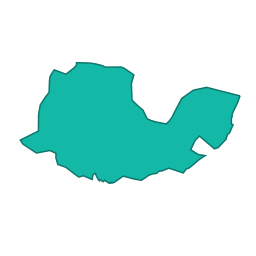 Kwami, Gombe, Nigeria (Mercator projection), rotated 12°
{"feature_id": "59680162B2944873791560", "entity_name": "Kwami", "entity_type": "district", "adm_level": 2, "iso_a3": "NGA", "parent_name": "Nigeria", "parent_adm1": "Gombe", "projection": "mercator", "projection_center": [11.234, 10.491], "detail": "fine", "context": "isolated", "style": "filled", "palette": "teal", "viewbox_px": 256, "rotation_deg": 12, "n_neighbors": 0, "source": "geoboundaries", "source_scale": "gbopen_adm2", "svg_char_len": 2130}
<svg xmlns="http://www.w3.org/2000/svg" viewBox="0 0 256 256"><g transform="rotate(12 128 128)"><path d="M230.3,73.3L226.8,73.2L223.3,73.0L218.2,72.8L210.0,72.5L203.7,72.2L196.5,71.9L184.1,77.4L174.4,87.9L169.7,104.6L169.1,107.7L167.0,112.4L164.8,115.7L164.5,116.1L164.4,116.1L156.8,116.2L155.7,116.3L152.8,116.2L149.2,115.9L144.8,115.0L138.9,107.4L132.6,104.0L126.1,99.8L122.1,84.0L122.4,79.0L122.7,74.9L119.7,73.6L111.6,70.3L108.5,69.8L94.5,72.9L92.3,73.0L89.9,72.3L83.5,72.1L77.8,72.3L64.1,74.8L64.4,77.6L62.6,80.6L56.1,88.3L43.7,86.5L42.1,90.6L41.1,93.8L41.3,97.5L43.4,109.6L40.6,115.4L37.4,123.7L37.7,133.2L41.0,149.6L25.2,162.2L28.4,165.5L43.6,171.5L56.2,166.3L62.8,167.7L63.7,172.2L66.9,178.2L75.5,179.4L85.7,184.3L88.3,185.4L90.1,186.2L94.3,184.0L103.6,185.8L103.7,185.4L103.5,182.5L103.6,181.3L103.9,180.6L104.4,179.9L105.6,179.1L106.1,180.2L108.8,183.7L109.2,184.1L109.9,184.7L110.9,185.6L111.4,184.4L113.4,185.2L114.3,185.5L114.9,185.7L115.1,185.6L115.9,183.9L116.2,184.1L116.3,184.2L116.6,184.2L116.9,184.3L117.0,184.4L117.1,184.5L117.5,184.6L117.8,184.7L118.0,184.7L118.1,184.8L118.6,185.0L118.8,185.1L119.0,185.2L119.2,185.3L119.4,185.3L119.5,185.4L119.8,185.5L120.0,185.5L120.4,185.7L120.6,185.8L120.8,185.9L121.0,185.9L121.4,185.9L121.5,185.8L121.6,185.7L122.0,185.6L122.0,185.4L122.4,185.1L122.5,185.2L122.6,185.3L122.8,185.2L123.0,185.2L122.9,184.8L123.2,184.9L123.3,185.0L123.6,184.9L123.7,185.1L123.8,185.2L124.1,184.9L125.6,184.3L126.6,183.3L133.1,176.2L136.0,176.2L143.7,176.6L151.8,176.4L154.8,173.6L156.8,171.3L158.1,170.0L161.4,167.9L164.8,166.6L165.1,166.7L167.0,164.4L168.0,163.2L168.3,163.2L169.5,163.3L176.3,158.8L189.0,160.2L191.4,160.5L193.1,157.0L193.6,155.9L196.1,154.4L199.4,150.4L204.0,144.3L207.0,141.1L209.2,139.0L202.2,139.3L193.9,136.3L196.2,126.3L199.5,121.0L208.9,126.1L216.9,130.4L220.3,128.3L226.1,118.9L226.2,118.7L226.4,116.3L226.6,113.8L226.6,113.6L227.3,113.1L228.4,111.4L228.9,109.3L229.0,108.5L230.1,103.0L228.4,102.6L227.2,97.8L227.4,94.7L227.1,93.1L227.4,90.7L228.5,86.2L229.9,80.4L230.3,77.5L230.8,73.8L230.3,73.3Z" fill="#14b8a6" stroke="#0f766e" stroke-width="1.5"/></g></svg>